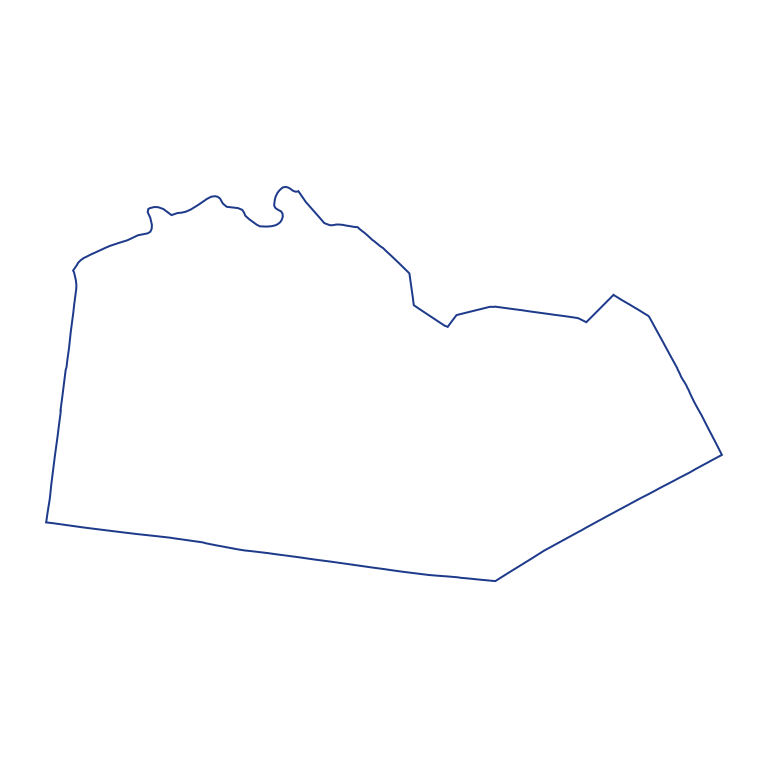 outline of Olari, Prahova, Romania
{"feature_id": "2599482B22841154857116", "entity_name": "Olari", "entity_type": "district", "adm_level": 2, "iso_a3": "ROU", "parent_name": "Romania", "parent_adm1": "Prahova", "projection": "mercator", "projection_center": [26.206, 44.79], "detail": "fine", "context": "isolated", "style": "outline", "palette": "blue", "viewbox_px": 768, "rotation_deg": 0, "n_neighbors": 0, "source": "geoboundaries", "source_scale": "gbopen_adm2", "svg_char_len": 3429}
<svg xmlns="http://www.w3.org/2000/svg" viewBox="0 0 768 768"><path d="M544.9,550.2L545.1,550.1L579.5,531.3L580.7,530.8L585.8,527.8L609.3,515.0L640.9,498.0L649.2,493.8L654.8,490.8L661.6,487.1L673.6,480.9L679.9,477.5L689.5,472.6L695.7,469.0L713.8,459.2L721.9,454.9L715.8,442.9L709.7,431.2L707.1,426.2L704.7,421.4L702.4,417.0L701.4,414.9L700.1,412.7L697.0,407.2L694.6,402.8L691.3,396.1L689.7,392.6L688.8,390.4L688.2,389.2L687.6,388.2L687.1,387.1L686.6,386.0L686.4,385.5L685.1,383.3L683.9,381.3L682.9,379.9L682.4,378.9L681.6,377.6L680.8,376.1L679.9,373.9L678.2,370.5L677.6,369.5L677.4,368.9L677.4,368.4L677.1,367.9L676.5,366.8L670.7,356.3L668.0,351.3L662.1,340.4L656.7,330.6L652.0,322.0L649.2,316.9L648.4,316.0L647.9,315.6L644.2,313.4L638.6,309.9L633.5,306.9L630.7,305.2L621.9,300.1L614.3,295.4L613.5,294.8L612.5,295.9L596.9,311.6L586.3,322.2L580.9,319.5L578.5,318.3L576.6,317.9L567.3,316.5L557.5,315.2L550.9,314.3L543.6,313.3L537.8,312.5L528.3,311.2L521.8,310.2L513.3,309.1L501.4,307.5L494.8,306.6L494.0,306.9L489.9,306.8L485.9,307.8L466.1,312.7L456.5,315.1L451.5,321.7L447.7,326.9L445.7,326.0L445.0,325.9L441.0,323.3L421.5,310.4L413.8,305.2L412.7,296.7L409.4,273.4L407.4,271.4L398.3,262.5L394.5,258.9L390.1,254.7L385.6,250.6L383.9,248.9L383.1,248.1L381.9,247.3L380.2,246.2L378.2,244.5L375.4,242.2L373.9,241.0L372.3,239.9L370.1,237.8L367.6,235.5L364.1,232.5L362.2,231.1L359.6,229.0L357.7,227.2L355.1,227.0L353.5,226.8L349.1,226.0L345.6,225.5L343.1,224.9L341.2,224.7L338.4,224.5L336.5,224.5L333.3,225.1L331.4,225.3L329.6,225.1L324.3,223.1L318.6,216.5L305.9,202.1L298.4,191.2L298.0,191.5L297.7,191.5L296.6,191.6L295.7,191.7L294.8,191.4L294.4,191.3L293.1,190.8L289.8,188.4L287.8,187.4L285.3,186.9L283.5,187.3L282.7,187.5L281.6,188.4L280.6,189.3L279.6,190.2L277.3,193.1L275.6,196.8L274.9,199.3L274.6,201.5L274.2,204.2L274.3,206.0L275.4,208.0L277.7,209.6L281.1,211.4L282.5,213.6L282.8,216.7L281.7,219.9L280.3,222.1L278.0,224.0L275.4,225.3L271.6,226.2L266.8,226.6L259.8,226.3L256.6,224.6L249.3,219.3L245.3,215.7L244.1,212.7L242.3,209.9L238.0,208.1L226.7,206.8L222.9,203.6L220.0,198.5L217.7,196.8L215.1,196.2L211.2,196.7L206.8,199.0L205.1,200.2L198.1,205.0L190.6,209.6L185.8,211.7L181.4,212.7L177.6,213.0L171.5,215.1L163.3,209.0L158.2,207.2L154.4,207.0L150.0,208.1L148.3,209.0L147.7,212.2L150.3,217.9L151.9,224.9L151.8,226.8L151.7,228.7L150.3,231.8L147.5,233.4L140.3,234.8L138.1,235.2L131.6,238.3L127.3,240.3L119.2,242.8L109.9,245.9L105.7,247.7L94.0,253.1L90.8,254.5L87.3,256.3L83.6,258.1L80.6,260.3L78.1,262.8L76.6,265.5L73.8,269.5L73.1,270.6L74.0,272.2L74.4,273.8L75.9,280.4L76.4,285.3L76.2,289.5L75.6,293.6L74.8,300.0L74.2,304.4L73.2,313.5L72.3,320.1L70.6,333.2L69.1,347.5L68.2,353.9L67.4,359.6L66.5,367.2L65.7,369.8L64.7,377.7L63.4,388.0L62.1,398.3L60.5,410.4L60.8,410.4L60.5,413.5L58.9,425.6L57.5,436.9L55.0,455.0L52.7,473.3L52.0,478.8L51.5,482.8L51.4,483.3L50.3,494.2L49.7,499.4L47.9,510.5L47.3,514.4L46.5,520.2L46.1,522.4L52.3,523.1L83.0,527.4L102.9,529.9L124.8,532.6L137.4,534.1L156.0,536.1L170.2,537.7L175.3,538.5L202.8,542.4L206.0,543.3L215.0,545.1L238.0,549.4L243.1,550.2L246.3,550.7L247.3,550.7L267.0,553.0L276.3,554.3L296.9,557.0L315.8,559.7L330.5,561.6L373.5,567.7L378.8,568.4L384.9,569.2L390.8,570.1L403.1,571.8L428.9,575.0L438.8,575.8L447.0,576.4L454.3,577.0L457.8,577.3L460.6,577.8L466.5,578.3L480.4,579.7L495.3,581.1L509.3,572.3L531.2,558.8L544.5,550.4L544.9,550.2Z" fill="none" stroke="#1e3a8a" stroke-width="2"/></svg>